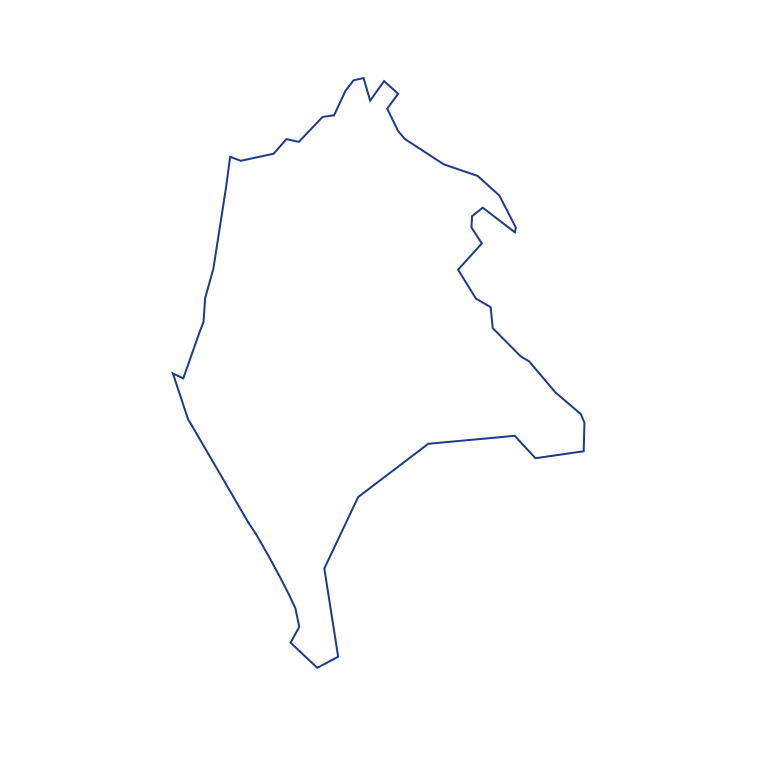 outline of Cataño, Puerto Rico, rotated 106°
{"feature_id": "32010507B33074408407079", "entity_name": "Cataño", "entity_type": "district", "adm_level": 2, "iso_a3": "PRI", "parent_name": "Puerto Rico", "parent_adm1": "", "projection": "orthographic", "projection_center": [-66.144, 18.442], "detail": "fine", "context": "isolated", "style": "outline", "palette": "blue", "viewbox_px": 768, "rotation_deg": 106, "n_neighbors": 0, "source": "geoboundaries", "source_scale": "gbopen_adm2", "svg_char_len": 1016}
<svg xmlns="http://www.w3.org/2000/svg" viewBox="0 0 768 768"><g transform="rotate(106 384 384)"><path d="M658.4,402.5L659.9,399.6L675.2,370.0L674.7,369.4L658.8,352.9L577.8,390.5L552.2,386.3L499.8,377.7L429.3,325.0L420.0,301.2L406.4,266.2L397.8,244.2L398.6,242.8L409.7,224.4L413.6,218.0L393.6,173.5L365.9,180.7L358.7,186.5L344.8,217.0L322.3,250.6L320.3,258.3L319.6,260.5L300.3,294.9L280.8,302.6L276.6,319.1L253.7,344.3L221.9,328.7L209.4,343.1L198.3,345.6L187.3,337.7L202.1,300.1L197.4,300.3L171.1,325.0L158.2,351.3L156.4,387.0L142.7,431.6L136.9,440.2L118.4,456.8L101.1,450.4L92.8,467.4L115.4,475.4L95.5,488.0L100.5,497.0L112.7,501.8L139.6,506.1L139.6,506.6L144.3,516.7L174.7,532.6L175.5,545.3L193.1,553.6L208.9,583.2L208.0,594.5L219.1,592.9L238.0,590.1L320.2,579.8L350.7,579.6L374.1,574.6L384.0,575.5L433.9,578.5L432.1,589.8L472.1,562.5L475.7,558.5L554.4,476.4L563.9,465.3L580.9,447.8L598.0,431.0L613.2,416.8L623.4,407.9L624.8,406.9L640.9,398.5L658.4,402.5Z" fill="none" stroke="#1e3a8a" stroke-width="2"/></g></svg>